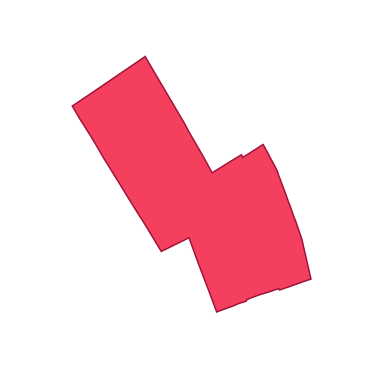 Colelia, Ialomita, Romania, rotated 125°
{"feature_id": "2599482B37607377931604", "entity_name": "Colelia", "entity_type": "district", "adm_level": 2, "iso_a3": "ROU", "parent_name": "Romania", "parent_adm1": "Ialomita", "projection": "equal_earth", "projection_center": [27.004, 44.773], "detail": "fine", "context": "isolated", "style": "filled", "palette": "rose", "viewbox_px": 384, "rotation_deg": 125, "n_neighbors": 0, "source": "geoboundaries", "source_scale": "gbopen_adm2", "svg_char_len": 1839}
<svg xmlns="http://www.w3.org/2000/svg" viewBox="0 0 384 384"><g transform="rotate(125 192 192)"><path d="M190.2,339.4L190.6,338.6L192.8,333.8L196.1,326.6L196.7,325.3L204.2,307.3L207.6,299.6L209.0,296.6L215.5,282.5L216.7,279.5L227.0,255.6L233.6,240.4L242.5,219.6L242.6,218.7L251.9,197.6L258.3,183.1L252.2,179.7L246.1,176.4L242.9,174.6L231.2,168.2L238.9,157.2L246.6,146.3L258.5,128.7L262.8,122.3L275.2,104.3L276.1,103.0L275.9,102.9L275.5,102.6L274.9,102.1L274.5,101.9L274.2,101.7L268.5,97.7L260.8,92.3L260.5,92.0L260.3,92.1L260.0,91.9L256.5,89.7L255.2,88.7L253.9,87.6L250.5,85.1L250.1,85.0L249.7,85.0L249.1,85.2L248.7,85.2L248.1,85.0L244.3,82.5L237.4,77.7L235.6,76.3L234.5,75.3L232.9,74.2L232.7,74.0L229.2,71.3L225.2,68.4L221.5,65.5L221.5,65.2L222.1,64.4L222.1,64.1L221.2,63.4L217.2,60.6L215.2,59.0L206.4,52.8L205.4,52.1L204.5,51.4L201.2,49.1L198.6,47.2L197.6,46.5L197.5,46.4L196.6,45.7L195.9,45.2L195.3,44.7L195.0,44.6L194.7,45.0L189.9,50.3L187.6,52.9L181.3,59.8L177.2,64.4L174.3,67.6L171.9,70.3L169.7,72.6L167.6,75.0L167.1,75.8L166.8,76.1L165.2,78.3L163.3,80.9L161.4,83.5L159.7,85.9L158.9,86.9L156.8,89.8L156.1,90.8L154.1,93.9L150.5,99.0L148.4,101.9L148.0,102.4L147.1,103.8L146.1,105.1L145.3,106.5L143.0,109.8L140.9,112.7L135.9,119.9L135.2,120.9L132.3,125.2L131.1,126.9L129.6,129.2L128.8,130.4L127.3,132.3L125.3,135.3L123.0,139.5L121.9,141.9L120.8,144.1L119.9,145.9L119.0,147.7L118.9,147.7L118.8,147.8L118.7,148.0L118.5,148.4L118.3,148.8L118.0,149.5L116.2,153.0L116.1,153.3L115.8,153.8L115.5,154.5L114.2,157.1L112.8,159.9L112.3,161.0L114.6,162.0L121.9,165.0L134.5,170.2L133.1,172.9L149.5,180.0L160.4,184.7L164.5,186.4L164.7,186.5L158.3,199.5L156.1,203.9L144.7,228.5L141.1,235.5L140.5,236.7L112.6,297.8L109.7,304.1L107.9,308.1L108.0,308.1L174.5,333.3L190.0,339.3L190.2,339.4Z" fill="#f43f5e" stroke="#9f1239" stroke-width="1.5"/></g></svg>